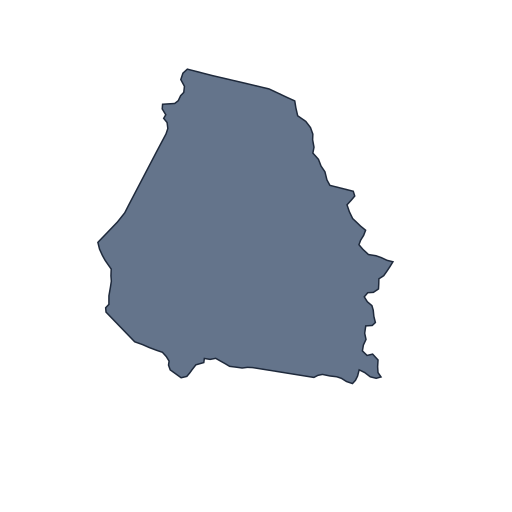 the district of Alagoa Grande, Paraíba, Brazil, rotated 130°
{"feature_id": "56859067B59580125040943", "entity_name": "Alagoa Grande", "entity_type": "district", "adm_level": 2, "iso_a3": "BRA", "parent_name": "Brazil", "parent_adm1": "Paraíba", "projection": "equal_earth", "projection_center": [-35.603, -7.048], "detail": "fine", "context": "isolated", "style": "filled", "palette": "slate", "viewbox_px": 512, "rotation_deg": 130, "n_neighbors": 0, "source": "geoboundaries", "source_scale": "gbopen_adm2", "svg_char_len": 1783}
<svg xmlns="http://www.w3.org/2000/svg" viewBox="0 0 512 512"><g transform="rotate(130 256 256)"><path d="M371.2,227.5L367.7,229.7L364.7,224.7L360.3,221.1L359.3,215.6L358.3,210.4L357.5,205.3L354.0,199.9L350.7,194.6L346.8,191.0L343.6,186.8L311.8,133.6L307.7,131.9L304.0,129.0L300.4,122.3L296.6,116.5L294.8,111.9L294.0,106.0L291.7,100.1L287.3,99.9L282.7,101.0L276.9,103.8L275.4,97.7L275.1,90.8L272.4,85.3L268.3,82.5L266.9,87.6L262.6,91.7L257.2,95.7L256.2,103.6L260.8,107.0L260.3,113.5L255.2,116.5L249.2,118.1L245.3,123.1L239.0,127.0L234.5,122.3L230.2,121.8L226.5,126.9L222.2,131.3L219.5,135.3L219.5,141.3L217.7,146.8L212.3,146.8L208.4,142.7L202.5,141.0L198.5,144.0L194.5,147.2L189.0,145.5L183.0,146.0L177.8,146.6L172.4,147.4L175.1,152.9L176.7,159.0L178.7,164.3L182.6,170.8L182.2,178.4L181.2,184.4L176.6,186.0L171.0,186.8L165.8,188.6L165.9,195.1L165.5,200.9L165.2,206.0L162.1,212.9L158.3,219.2L151.9,218.9L146.6,218.9L143.9,223.1L154.4,244.8L152.1,250.6L147.2,257.3L145.3,264.0L141.8,270.3L140.6,278.6L135.4,281.5L130.6,287.3L126.1,290.8L122.6,296.8L120.9,304.4L121.8,314.2L116.8,320.8L112.3,326.0L114.6,334.3L119.6,353.3L129.3,372.7L145.9,405.5L157.0,428.7L162.9,429.5L169.2,427.0L172.0,419.9L177.1,416.5L181.6,416.8L187.0,415.4L191.4,416.3L199.8,425.1L203.6,422.4L205.8,415.9L209.9,415.2L210.9,409.9L215.0,405.5L220.3,403.4L240.0,399.2L299.1,386.2L307.3,384.3L319.1,384.0L347.2,385.9L351.3,380.3L354.3,374.0L356.3,368.8L357.6,364.1L359.1,358.5L364.4,354.4L368.3,350.6L373.4,347.5L381.0,343.1L387.6,337.6L392.3,337.9L395.4,334.8L399.7,293.8L396.8,286.0L394.8,279.1L392.1,271.4L389.9,265.8L390.7,260.0L392.4,255.0L395.8,252.9L398.4,248.5L397.9,242.1L397.4,235.1L392.7,231.6L388.1,231.6L384.1,231.9L378.0,232.1L371.2,227.5Z" fill="#64748b" stroke="#1e293b" stroke-width="1.5"/></g></svg>